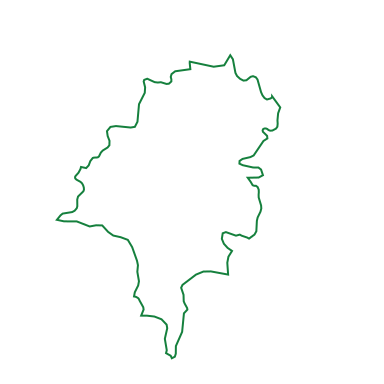 the Metropolitan department of Alpes-de-Haute-Provence, rotated 141°
{"feature_id": "FRA-5265", "entity_name": "Alpes-de-Haute-Provence", "entity_type": "Metropolitan department", "adm_level": 1, "iso_a3": "FRA", "parent_name": "France", "parent_adm1": "", "projection": "orthographic", "projection_center": [6.23, 44.166], "detail": "fine", "context": "isolated", "style": "outline", "palette": "green", "viewbox_px": 384, "rotation_deg": 141, "n_neighbors": 0, "source": "natural_earth", "source_scale": "10m", "svg_char_len": 2747}
<svg xmlns="http://www.w3.org/2000/svg" viewBox="0 0 384 384"><g transform="rotate(141 192 192)"><path d="M312.3,75.5L311.6,78.1L313.6,83.1L311.2,84.9L305.5,95.0L297.0,101.7L295.2,104.9L295.8,112.3L299.6,118.9L304.8,124.2L309.3,127.9L303.6,131.1L302.4,133.1L301.1,140.5L300.7,142.0L300.6,143.2L301.3,145.3L302.0,146.4L302.8,147.3L299.5,150.1L292.7,153.2L289.4,156.0L284.7,164.4L280.1,169.1L278.0,173.2L273.2,186.8L272.0,195.2L275.9,201.8L280.6,207.7L282.3,213.8L282.8,222.5L287.5,226.5L293.2,229.6L300.1,241.7L309.9,249.7L314.5,255.4L308.8,256.6L306.1,256.6L297.7,251.8L295.0,251.3L291.8,251.9L290.1,253.1L285.9,258.4L283.4,260.2L276.0,260.9L274.5,261.8L273.3,263.5L272.4,265.7L272.0,268.0L272.3,270.1L274.0,274.3L274.2,276.0L273.5,277.2L272.5,277.7L268.1,278.4L264.3,280.0L262.5,281.3L259.2,277.2L255.5,277.7L251.6,280.0L247.7,280.9L246.5,280.4L244.4,278.8L243.3,278.2L241.9,278.2L238.0,280.0L235.2,280.4L229.6,279.7L226.8,280.3L223.9,283.7L222.3,288.6L219.8,292.8L214.4,293.9L209.6,291.1L199.1,280.7L195.4,278.6L190.2,280.9L177.9,293.6L166.3,298.8L162.6,302.8L160.0,308.3L158.6,309.2L155.5,308.2L151.9,300.9L149.7,298.6L147.1,296.9L143.8,292.0L141.8,290.7L138.5,290.9L137.1,292.6L136.1,294.8L133.7,296.5L129.1,296.4L116.0,288.5L112.6,293.7L111.7,294.7L96.3,275.7L87.2,270.2L76.2,274.2L76.7,269.4L83.3,257.2L84.0,253.8L83.4,249.7L81.9,246.2L79.4,244.6L73.9,244.6L71.7,243.6L70.2,241.0L70.3,238.2L75.5,226.1L76.4,222.7L76.5,219.3L75.5,216.7L72.2,215.3L70.3,215.1L69.5,216.0L70.2,202.2L75.5,199.0L80.4,194.0L82.5,191.1L84.6,189.0L86.9,188.4L90.9,189.2L92.7,190.5L93.6,192.1L93.8,193.5L94.6,194.9L95.8,195.8L97.1,196.1L98.3,195.5L99.0,194.2L98.3,188.4L99.7,186.2L104.3,186.7L121.1,181.6L124.7,182.4L131.9,185.9L135.5,186.2L137.3,184.2L135.7,180.9L129.1,172.6L125.0,169.2L124.2,166.0L126.3,160.4L131.1,161.3L139.7,168.0L140.0,163.0L140.6,159.1L139.7,157.6L138.4,156.6L137.9,154.5L138.7,151.8L140.3,149.7L142.0,147.9L143.6,145.8L146.8,138.0L148.5,135.6L151.2,133.6L157.0,130.9L159.7,128.8L166.7,121.0L170.2,119.6L170.3,119.6L170.5,119.6L170.8,119.6L171.1,119.6L171.4,119.6L171.5,119.6L171.9,119.7L172.1,119.7L172.3,119.7L172.6,119.7L172.8,119.7L173.0,119.7L173.4,119.7L173.7,119.7L173.9,119.8L174.1,119.8L174.3,119.8L174.5,119.8L174.9,119.8L175.1,119.8L175.4,119.8L175.6,119.8L175.8,119.8L176.1,119.9L176.4,119.9L176.5,119.9L176.8,119.9L177.0,119.9L177.8,121.9L180.9,126.8L181.7,128.8L185.3,130.4L190.9,139.5L194.1,140.6L198.3,136.8L199.8,131.7L199.5,126.1L198.0,121.0L204.4,118.8L209.1,114.8L215.9,105.1L227.3,118.4L233.2,123.0L240.9,125.3L257.8,125.8L260.7,124.4L263.3,117.4L267.2,112.3L267.9,110.0L268.8,104.9L269.6,103.5L274.6,102.8L287.7,89.5L301.5,82.4L306.4,76.5L309.0,74.8L312.3,75.5Z" fill="none" stroke="#15803d" stroke-width="2"/></g></svg>